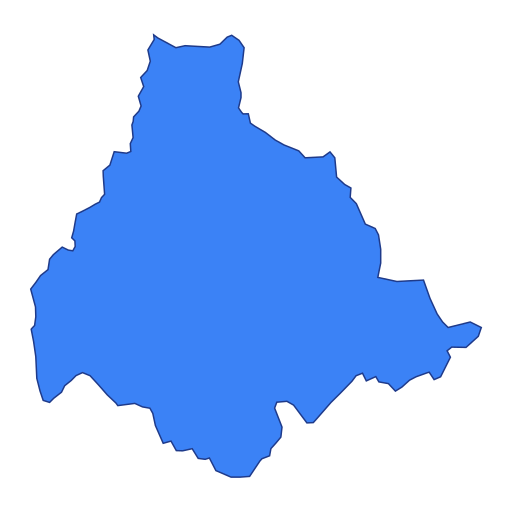 the district of Vina, Adamaoua, Cameroon
{"feature_id": "32672807B59264134581656", "entity_name": "Vina", "entity_type": "district", "adm_level": 2, "iso_a3": "CMR", "parent_name": "Cameroon", "parent_adm1": "Adamaoua", "projection": "equal_earth", "projection_center": [13.667, 7.236], "detail": "fine", "context": "isolated", "style": "filled", "palette": "blue", "viewbox_px": 512, "rotation_deg": 0, "n_neighbors": 0, "source": "geoboundaries", "source_scale": "gbopen_adm2", "svg_char_len": 2147}
<svg xmlns="http://www.w3.org/2000/svg" viewBox="0 0 512 512"><path d="M163.2,443.3L171.0,441.1L176.3,450.6L182.7,450.8L192.2,448.7L198.2,458.4L205.2,459.3L209.4,458.0L215.9,470.6L231.0,477.1L240.3,477.1L249.6,476.4L259.9,461.0L262.0,458.7L269.6,455.8L270.9,448.6L275.7,443.3L280.8,437.2L281.0,435.9L282.0,427.1L274.6,408.1L276.8,402.2L286.9,401.3L293.6,405.1L301.2,415.3L306.9,422.9L313.3,422.6L317.4,418.0L331.0,402.4L340.2,393.3L351.9,381.3L356.1,375.7L362.5,373.2L366.3,380.9L375.8,376.6L378.9,381.9L388.4,383.6L395.4,391.1L402.0,387.0L409.5,380.2L416.0,376.8L427.1,372.8L429.2,372.2L434.1,379.6L440.6,376.8L450.4,357.2L447.1,350.8L451.7,347.1L466.0,347.4L478.3,336.3L481.3,327.5L470.2,322.0L448.1,327.5L442.6,322.0L440.4,318.8L437.1,313.9L433.4,305.8L430.0,298.4L423.5,280.1L409.7,280.8L396.9,281.5L377.8,277.4L380.0,266.5L380.7,263.1L380.7,249.3L378.5,234.9L375.2,228.5L365.3,224.1L356.4,203.8L355.5,202.8L350.2,197.4L350.9,188.0L344.7,184.5L336.6,177.1L334.8,157.8L330.0,151.9L323.0,156.9L305.1,157.8L298.8,150.9L284.1,145.0L275.3,140.1L265.6,132.6L254.8,126.2L250.4,123.1L248.3,113.8L243.1,113.9L241.7,112.5L238.5,107.9L241.0,97.6L241.0,92.7L238.3,81.8L242.3,63.5L244.1,47.7L239.0,40.3L231.7,35.3L227.2,37.1L219.9,44.2L209.7,47.1L188.4,45.9L185.1,45.7L175.9,47.7L157.9,38.0L153.7,34.9L154.2,39.5L147.9,50.0L150.3,61.2L147.2,70.5L140.7,77.5L143.7,86.6L138.3,96.2L141.1,106.0L138.9,111.2L133.6,116.9L133.2,121.4L131.9,125.0L133.1,137.6L130.3,143.6L130.8,151.5L126.6,153.2L114.2,151.7L109.9,165.1L103.1,170.7L103.3,176.5L104.6,194.3L101.5,197.6L99.5,202.1L95.2,204.2L89.9,207.4L82.3,211.3L76.7,214.0L75.0,223.1L73.6,231.1L71.7,237.8L74.9,240.9L75.2,246.5L72.8,250.8L68.3,250.1L62.2,247.1L53.5,254.5L49.6,259.2L48.0,269.6L40.6,275.5L35.9,282.3L30.7,289.1L35.5,306.9L35.8,316.8L34.6,325.5L32.4,327.8L31.2,329.2L33.6,341.5L35.8,356.7L36.8,378.3L40.0,390.9L43.2,400.4L49.6,402.4L53.8,398.2L56.5,396.1L61.5,392.2L64.7,385.7L71.2,380.5L76.0,375.6L82.5,372.6L90.1,375.7L98.8,385.2L107.2,394.8L115.9,403.0L117.8,405.6L134.8,403.4L142.5,406.9L149.9,408.2L152.8,413.4L155.4,425.5L163.2,443.3Z" fill="#3b82f6" stroke="#1e3a8a" stroke-width="1.5"/></svg>